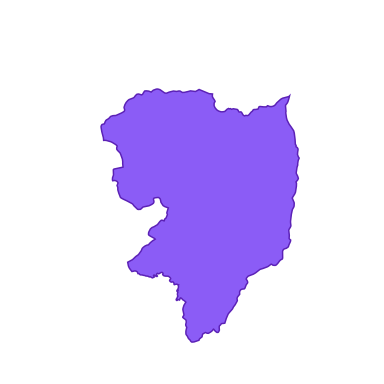 outline of Hiep Duc, Quàng Nam, Vietnam, rotated 119°
{"feature_id": "81297802B47304896634130", "entity_name": "Hiep Duc", "entity_type": "district", "adm_level": 2, "iso_a3": "VNM", "parent_name": "Vietnam", "parent_adm1": "Quàng Nam", "projection": "mercator", "projection_center": [108.135, 15.518], "detail": "fine", "context": "isolated", "style": "filled", "palette": "violet", "viewbox_px": 384, "rotation_deg": 119, "n_neighbors": 0, "source": "geoboundaries", "source_scale": "gbopen_adm2", "svg_char_len": 6055}
<svg xmlns="http://www.w3.org/2000/svg" viewBox="0 0 384 384"><g transform="rotate(119 192 192)"><path d="M220.6,266.8L219.5,265.4L219.1,264.2L219.1,262.6L219.7,261.4L220.0,261.1L220.6,261.0L222.7,260.7L224.0,259.1L226.1,257.9L228.4,255.6L231.4,252.0L231.6,251.0L231.6,249.1L231.3,244.3L231.2,238.8L231.4,237.8L232.2,236.1L233.5,231.3L233.3,230.5L232.1,228.6L228.8,227.5L224.9,222.9L222.3,221.1L220.5,220.3L219.4,220.4L218.6,220.8L217.0,222.2L216.2,222.4L215.9,222.3L215.0,221.5L213.6,219.6L213.0,218.4L213.3,216.8L213.9,216.0L216.1,214.1L217.9,210.7L218.0,208.9L217.4,205.0L221.8,204.1L222.6,203.8L223.6,202.6L224.0,202.5L227.3,202.1L228.8,202.7L229.2,202.7L230.6,202.3L230.8,202.4L231.1,204.2L231.4,204.9L231.7,205.2L233.4,205.8L237.3,206.4L240.8,208.4L242.4,209.7L244.5,210.5L247.5,210.4L248.4,210.3L249.8,209.7L250.4,209.3L250.6,208.9L250.8,207.2L250.8,202.1L251.1,201.3L253.8,202.8L255.5,203.5L257.6,204.2L259.2,204.4L260.6,205.9L262.0,206.9L264.0,207.8L265.5,208.2L268.0,207.9L272.8,208.5L275.7,209.9L279.0,210.9L280.1,211.3L284.6,214.2L287.5,211.8L288.7,210.3L289.6,208.6L290.7,206.0L288.6,203.6L288.3,202.0L288.5,200.9L289.6,199.7L289.1,198.6L289.4,197.9L289.5,197.1L289.2,196.3L288.7,195.4L288.5,194.3L287.9,192.6L287.9,191.8L287.0,189.7L287.0,188.2L286.3,187.3L286.4,186.0L286.3,185.0L284.9,183.9L284.6,183.8L283.8,185.1L283.4,185.2L283.0,184.7L282.8,184.2L283.2,182.5L282.8,181.6L282.3,181.5L281.8,182.5L281.1,183.1L280.3,183.1L279.8,182.6L279.7,181.4L277.4,180.0L277.0,179.5L276.8,179.1L277.0,178.2L277.4,177.8L278.4,177.6L278.9,176.5L278.8,175.7L278.6,174.8L277.2,172.0L277.2,170.9L277.5,169.5L277.9,168.8L278.4,168.6L278.7,168.6L279.7,168.8L280.2,168.7L280.5,168.5L280.9,167.4L280.9,166.7L280.8,166.3L280.0,165.4L279.9,164.8L280.2,164.0L280.8,163.3L281.6,162.8L281.6,162.5L280.7,161.6L280.1,160.9L279.8,159.6L279.8,158.8L280.2,159.0L281.2,158.0L282.4,157.5L283.7,157.3L284.6,156.6L284.8,157.4L285.6,157.4L286.2,156.9L286.2,156.1L286.4,155.8L287.3,155.7L288.7,155.1L290.1,153.8L291.2,153.9L292.0,153.6L293.3,153.8L293.9,153.6L294.2,153.2L294.2,152.6L293.9,152.4L293.4,152.4L293.0,152.2L292.8,151.7L292.6,150.6L292.2,150.5L290.8,150.9L290.3,150.8L290.1,150.5L290.1,149.5L290.7,148.0L290.8,146.0L291.3,144.0L295.1,144.1L298.0,143.5L299.4,142.9L303.2,139.6L303.8,139.4L305.6,139.5L306.1,139.3L306.4,138.3L306.6,136.7L307.0,135.1L307.2,134.9L308.7,133.9L310.8,133.3L311.4,133.0L312.0,132.4L312.9,131.0L316.0,130.1L317.2,129.6L319.2,128.4L319.7,127.7L320.3,126.3L321.9,124.0L322.4,122.0L323.1,120.8L323.4,119.7L323.0,118.8L322.1,117.5L318.3,114.0L317.6,114.2L316.5,114.1L313.8,113.0L311.7,113.7L310.9,113.7L308.4,112.2L308.2,110.3L307.7,109.3L307.1,108.8L305.2,107.7L303.4,107.0L301.6,106.8L301.5,106.6L301.6,106.2L302.5,104.1L302.7,102.5L302.7,102.0L302.1,101.1L301.1,100.9L299.5,101.1L296.9,102.8L295.7,103.1L294.3,102.6L293.1,102.5L292.7,102.3L291.4,100.4L290.8,99.7L286.0,100.7L281.4,101.2L279.8,101.0L274.7,99.9L272.3,100.0L269.7,99.6L266.0,99.6L265.0,99.7L263.3,101.0L261.7,101.3L258.4,100.7L256.2,102.0L254.6,102.1L254.0,102.0L253.3,101.6L252.4,100.8L251.5,99.4L250.6,99.1L246.9,99.6L244.6,99.3L244.0,99.5L243.4,100.0L242.6,101.0L242.0,102.3L241.0,102.6L240.3,102.5L238.7,102.2L238.0,101.8L234.1,98.5L231.9,97.2L226.7,95.0L224.3,92.7L221.0,89.9L220.1,89.3L216.8,87.8L216.6,87.1L216.8,86.0L216.6,85.2L215.9,83.7L214.9,82.9L212.4,82.3L209.9,82.0L208.5,81.6L206.8,80.5L205.8,80.7L200.2,83.9L199.2,84.2L197.8,84.1L196.8,83.5L195.5,82.2L193.7,81.3L193.0,81.2L191.2,81.6L187.6,81.9L186.2,82.4L185.9,84.0L185.4,84.6L182.7,85.9L178.6,88.8L177.6,89.0L175.2,88.9L174.0,89.0L173.3,89.3L171.1,90.9L169.7,91.7L163.3,94.3L158.7,95.7L155.8,95.7L154.8,95.9L152.2,97.2L151.6,97.7L148.7,101.4L147.4,101.4L143.9,101.2L142.0,101.4L136.3,103.5L133.8,104.8L132.8,105.9L130.2,105.4L128.7,105.5L127.7,106.4L126.7,107.6L125.3,109.7L124.6,110.2L119.6,112.1L117.1,112.6L116.2,113.2L113.9,114.1L112.5,114.5L111.0,114.6L110.5,114.7L110.1,115.1L109.9,115.7L109.3,116.5L108.1,117.9L105.7,119.0L103.7,119.7L102.8,120.3L102.1,121.5L102.0,122.9L100.7,123.6L100.2,124.7L96.0,127.4L90.9,131.1L89.2,132.7L87.3,136.3L85.6,139.9L83.1,143.6L81.5,145.2L77.3,148.4L75.9,148.9L71.6,151.8L70.7,152.2L67.9,151.8L66.4,151.9L63.1,152.6L60.6,153.3L61.6,153.6L66.1,158.3L67.9,159.4L73.0,161.1L75.2,161.4L76.4,161.8L77.6,162.6L78.7,163.8L79.2,164.7L79.6,165.7L79.8,167.6L80.1,167.9L81.1,168.0L81.5,168.3L82.7,170.4L84.2,173.9L84.6,174.4L85.1,174.7L86.9,174.5L87.5,174.5L88.9,176.3L89.8,177.8L90.5,178.3L92.1,178.4L93.4,179.0L96.7,179.6L97.6,179.9L98.1,180.3L98.5,181.0L98.8,182.0L99.8,182.8L100.0,183.2L100.0,183.8L99.8,184.8L98.5,186.9L98.2,187.6L98.3,188.2L99.1,189.3L99.2,189.7L98.7,190.6L98.4,190.9L98.4,191.3L97.9,191.9L97.9,192.6L99.2,196.3L100.5,197.5L100.4,198.7L101.2,199.7L101.2,200.5L102.5,201.4L105.7,202.4L107.0,204.1L107.8,205.5L108.3,208.1L108.1,210.3L107.0,213.0L105.7,214.6L103.6,215.7L101.6,215.7L100.9,216.6L99.0,220.1L97.9,220.9L96.3,221.6L97.7,224.7L98.9,235.5L101.1,236.8L102.4,237.7L104.3,242.4L105.7,243.8L108.5,246.9L109.6,248.7L109.5,251.5L110.2,252.7L111.5,254.2L112.7,257.2L115.7,260.4L117.8,262.1L118.2,262.7L118.6,263.9L118.5,265.0L118.0,269.6L118.5,271.8L119.3,273.1L121.7,275.2L124.4,276.2L124.6,278.0L124.9,279.2L125.7,281.0L126.4,282.1L126.7,282.4L127.7,282.5L130.6,282.6L131.5,283.2L132.1,285.9L132.4,286.6L133.4,287.7L135.2,288.2L137.4,288.5L138.4,289.1L141.7,291.9L143.2,292.5L145.6,293.0L148.1,293.0L150.8,292.5L151.3,292.2L152.3,291.1L153.0,290.6L153.9,290.4L154.6,290.5L157.1,292.0L162.0,295.7L163.5,298.1L165.1,299.6L165.6,299.9L167.3,300.2L169.2,301.0L170.3,301.7L171.1,302.0L172.9,302.0L174.5,301.7L174.8,301.7L176.6,303.4L177.1,303.5L177.9,303.5L179.0,303.2L180.0,302.5L183.0,300.1L187.5,295.8L189.7,294.3L189.0,293.2L188.4,291.7L187.4,287.4L187.3,285.9L187.5,281.5L188.1,279.7L189.8,279.3L190.9,278.7L191.3,278.2L191.8,277.0L192.7,273.9L193.5,272.8L197.0,268.8L199.2,267.2L200.6,266.5L203.5,264.5L203.7,264.4L209.8,271.4L210.7,271.6L215.2,268.9L218.1,268.4L220.1,267.4L220.6,266.8Z" fill="#8b5cf6" stroke="#5b21b6" stroke-width="1.5"/></g></svg>